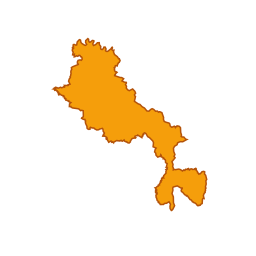 the district of Mae Chan, Chiang Rai, Thailand, rotated 245°
{"feature_id": "78962969B91989740231276", "entity_name": "Mae Chan", "entity_type": "district", "adm_level": 2, "iso_a3": "THA", "parent_name": "Thailand", "parent_adm1": "Chiang Rai", "projection": "mercator", "projection_center": [99.757, 20.164], "detail": "fine", "context": "isolated", "style": "filled", "palette": "amber", "viewbox_px": 256, "rotation_deg": 245, "n_neighbors": 0, "source": "geoboundaries", "source_scale": "gbopen_adm2", "svg_char_len": 5883}
<svg xmlns="http://www.w3.org/2000/svg" viewBox="0 0 256 256"><g transform="rotate(245 128 128)"><path d="M180.8,84.0L179.6,83.4L178.3,84.9L177.4,85.2L177.6,85.8L176.3,85.9L175.2,87.0L174.6,85.2L172.2,83.9L171.7,85.1L171.5,84.9L169.7,86.1L166.2,91.4L163.7,92.4L163.6,93.5L162.6,94.7L157.5,92.5L157.0,92.0L156.8,90.5L156.4,90.0L154.7,91.2L154.0,92.6L152.8,92.3L152.2,92.6L151.6,91.9L149.9,91.5L146.8,91.5L145.2,90.8L144.3,91.0L143.3,91.9L143.0,93.1L144.4,93.8L144.5,94.3L143.2,95.5L142.4,97.1L141.5,97.3L139.4,98.9L138.8,100.7L139.0,101.8L138.5,104.6L137.6,104.8L135.4,104.1L133.5,104.5L132.7,104.0L132.8,103.3L131.3,101.7L130.9,102.5L131.4,102.6L131.3,102.9L128.4,104.8L127.6,104.7L127.8,103.8L127.5,103.6L126.9,103.6L126.3,104.3L123.2,104.5L123.4,107.1L122.2,107.9L121.8,107.4L121.3,108.5L120.7,108.7L121.2,109.1L121.4,112.7L120.5,113.5L120.2,114.7L119.6,115.1L119.8,116.5L118.9,116.8L118.4,117.4L118.8,119.4L117.6,119.3L116.0,120.6L116.1,121.0L114.6,121.6L113.9,122.7L114.4,124.3L115.2,124.7L116.7,127.3L116.3,129.3L115.7,130.4L115.9,130.9L116.5,130.3L117.6,130.8L117.5,132.4L117.1,133.3L117.5,133.8L113.4,136.5L114.4,137.3L114.5,138.0L115.1,138.0L115.5,139.4L115.9,139.2L115.9,139.6L116.4,139.7L116.6,141.0L115.4,141.9L111.8,142.2L110.2,143.4L105.7,145.0L103.9,144.9L100.4,142.8L97.9,145.0L97.1,143.6L95.1,142.0L93.6,142.5L91.4,141.9L89.0,142.7L88.8,145.6L89.9,146.4L89.2,146.6L87.8,145.9L86.8,147.0L86.1,147.4L85.4,146.9L85.2,147.8L84.1,147.7L83.6,148.3L82.3,148.2L81.3,147.5L80.0,147.8L79.2,148.5L76.5,146.3L76.1,146.6L76.1,146.0L75.1,146.5L74.2,146.3L74.3,144.8L73.6,145.0L72.2,143.7L71.1,143.5L69.7,140.2L68.5,139.5L68.6,138.8L68.1,138.9L68.6,138.3L68.2,137.5L67.7,137.7L67.5,136.7L66.3,136.4L66.4,135.4L65.4,135.3L65.7,134.8L65.4,134.3L64.8,134.3L64.0,132.8L63.1,132.5L63.5,131.4L62.5,130.6L62.7,129.9L62.1,128.0L62.3,127.3L60.8,127.7L60.3,127.0L59.6,127.8L58.9,127.1L59.2,126.4L58.3,125.8L57.1,126.0L57.3,126.9L56.6,126.9L56.5,126.2L55.9,126.3L56.0,125.7L54.7,124.6L54.4,124.7L53.0,124.1L52.3,124.3L50.0,123.8L48.2,124.6L47.7,124.0L46.4,124.9L45.0,124.9L43.7,127.9L44.2,129.2L43.5,131.1L43.8,134.0L41.0,134.3L39.4,133.0L37.1,132.1L34.9,132.4L34.8,132.8L35.4,134.3L37.9,137.4L41.0,137.6L46.4,140.0L50.0,140.2L52.6,142.4L54.6,143.1L55.4,144.1L54.7,148.2L51.2,150.6L50.8,151.7L50.3,151.6L49.2,149.9L47.8,149.6L46.7,150.4L43.6,151.2L42.6,152.1L41.7,152.2L41.8,152.9L41.1,153.2L36.9,154.0L35.8,155.0L33.8,155.2L33.2,156.0L32.4,156.2L31.8,157.0L30.2,157.8L28.8,158.0L28.0,158.5L28.1,159.2L27.7,159.5L27.9,160.0L27.5,160.8L28.2,162.2L28.2,163.3L32.0,165.4L32.5,166.3L31.9,167.1L34.8,167.7L36.5,169.3L37.0,170.7L37.7,170.8L38.5,171.8L40.1,172.4L40.6,173.3L41.8,173.2L44.2,175.2L47.3,176.3L48.1,177.6L52.4,178.4L53.9,177.9L55.9,179.0L56.7,178.3L57.1,176.6L56.0,174.3L56.2,172.7L57.1,172.9L58.0,172.1L58.7,172.5L61.2,172.1L62.0,172.6L62.7,172.4L62.2,171.5L62.8,171.5L62.9,171.1L62.5,170.6L63.2,168.9L64.0,168.6L64.5,167.1L63.9,166.1L64.5,165.6L65.7,165.7L65.8,164.8L65.3,164.4L66.3,162.7L65.5,161.6L65.8,161.1L66.4,160.9L66.0,159.2L68.1,158.0L69.3,156.7L70.2,153.4L70.9,152.5L70.9,151.4L72.2,152.1L74.2,152.2L75.9,153.4L78.9,153.6L81.1,158.1L82.8,157.7L84.1,159.3L87.4,159.5L90.5,160.7L91.8,162.6L92.1,165.4L93.6,166.7L93.6,169.4L92.4,171.8L92.7,176.5L93.6,175.5L96.2,174.8L97.1,173.1L97.9,172.6L98.9,173.5L101.7,173.9L106.1,175.7L107.8,175.2L108.9,173.9L109.2,173.2L108.6,172.7L109.1,171.5L108.7,171.1L109.6,171.1L110.1,170.7L110.1,168.1L110.4,167.8L112.1,167.1L114.1,167.6L115.1,167.3L117.6,164.4L118.8,163.6L120.9,163.8L122.5,164.7L127.6,165.2L129.2,163.8L129.5,163.2L129.4,162.4L131.0,161.7L131.5,160.1L134.1,159.1L135.3,158.0L135.2,156.3L134.4,154.0L135.5,152.3L139.1,151.4L141.3,149.8L144.3,148.8L145.5,147.5L149.5,145.1L153.4,148.1L154.3,147.7L155.5,148.0L156.3,149.6L158.4,149.7L161.4,148.7L161.3,144.9L162.8,143.8L164.9,143.3L166.5,144.3L168.3,144.0L169.5,145.6L170.1,145.7L170.9,144.3L173.2,142.4L174.5,144.9L176.4,143.6L177.1,142.2L181.1,138.0L181.8,138.5L181.8,139.1L182.5,139.7L183.1,141.6L183.9,141.1L183.8,140.7L184.8,140.2L186.5,140.2L187.1,140.9L188.5,141.0L188.5,141.9L189.7,142.7L189.8,143.1L188.8,144.5L190.3,145.5L190.3,146.0L191.1,146.8L191.2,147.8L192.4,149.3L194.5,149.4L194.7,148.8L197.1,148.5L200.3,146.8L203.1,147.0L204.5,148.1L204.9,146.8L206.0,146.5L207.2,147.8L207.8,147.9L207.9,147.3L207.0,146.1L206.1,142.4L206.2,141.4L206.7,140.7L207.6,140.3L208.9,141.5L211.0,141.5L211.5,140.3L210.4,139.2L210.0,137.8L210.8,136.8L212.0,136.9L213.5,137.8L215.5,137.3L217.5,138.0L218.2,136.3L217.3,134.0L217.3,131.7L218.2,131.5L219.4,131.8L220.7,133.6L221.6,133.9L222.4,132.7L221.8,130.4L222.1,129.3L223.3,129.1L225.1,129.8L226.0,129.4L225.1,126.6L223.4,125.7L221.3,125.9L220.8,124.5L221.2,123.8L224.1,121.9L225.5,121.5L227.7,122.1L228.5,121.6L228.5,120.8L227.5,118.4L225.0,116.6L225.1,115.8L226.5,114.5L226.7,113.7L225.9,113.1L224.5,112.9L224.7,112.3L224.2,111.5L223.1,112.1L222.8,110.9L221.6,110.2L219.9,110.4L217.7,108.7L217.2,109.3L217.4,110.5L215.2,109.3L215.0,110.9L215.3,111.7L214.2,112.8L214.6,114.3L213.9,115.2L212.6,115.2L212.2,115.9L211.1,116.0L209.6,115.4L209.1,114.2L210.0,113.4L210.4,111.4L209.5,110.2L208.1,109.5L207.3,109.9L206.6,109.8L206.9,103.9L206.7,102.2L204.7,101.7L204.4,100.9L202.9,99.8L201.8,99.6L199.4,97.9L198.9,97.1L198.1,97.1L197.3,95.5L195.5,93.9L192.2,94.0L192.4,92.4L192.0,92.0L192.4,91.6L192.0,91.2L193.0,89.5L192.8,88.9L193.5,88.3L192.0,87.7L192.6,87.0L192.3,86.2L192.6,84.7L193.4,84.2L193.6,81.4L194.9,80.5L194.5,79.4L195.5,79.4L195.3,77.8L194.8,77.8L194.8,77.0L194.2,77.8L193.5,77.6L193.7,78.3L193.3,78.6L193.1,78.0L191.7,79.5L191.1,79.2L190.6,79.8L190.1,79.5L189.7,80.0L189.2,79.7L189.2,80.1L188.6,80.2L188.1,80.0L188.1,79.3L187.4,79.3L187.6,79.8L187.1,80.2L187.5,80.7L185.7,81.7L184.4,83.4L183.8,83.3L183.6,82.7L182.9,83.4L182.2,83.5L181.8,83.0L181.2,83.1L180.8,84.0Z" fill="#f59e0b" stroke="#b45309" stroke-width="1.5"/></g></svg>